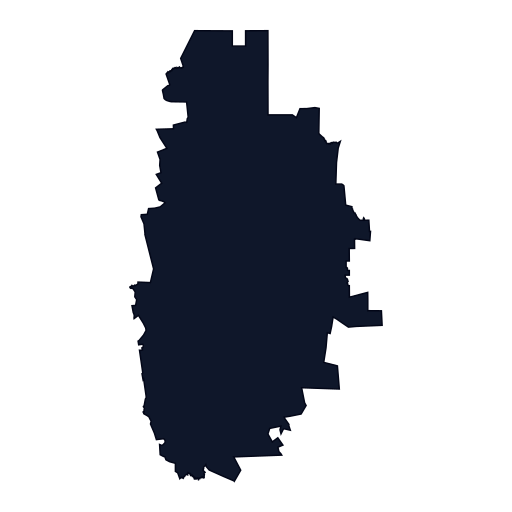 Madera, Chihuahua, Mexico
{"feature_id": "50627088B30045801041886", "entity_name": "Madera", "entity_type": "district", "adm_level": 2, "iso_a3": "MEX", "parent_name": "Mexico", "parent_adm1": "Chihuahua", "projection": "equal_earth", "projection_center": [-108.34, 29.346], "detail": "fine", "context": "isolated", "style": "filled", "palette": "ink", "viewbox_px": 512, "rotation_deg": 0, "n_neighbors": 0, "source": "geoboundaries", "source_scale": "gbopen_adm2", "svg_char_len": 5912}
<svg xmlns="http://www.w3.org/2000/svg" viewBox="0 0 512 512"><path d="M167.6,72.2L166.1,74.0L169.8,84.6L169.5,85.3L167.8,85.7L162.7,89.8L162.5,90.1L162.5,90.6L163.4,94.5L164.1,98.5L165.5,99.8L166.8,100.5L169.7,101.4L171.2,101.7L184.7,101.9L186.6,102.0L188.2,117.3L187.3,118.6L186.7,122.4L184.9,122.1L173.4,125.1L173.5,128.8L156.4,129.3L157.2,130.7L160.0,137.6L166.9,148.3L157.5,152.1L160.1,159.5L159.7,165.4L161.0,172.7L156.3,174.4L161.7,183.2L155.6,187.9L158.8,199.7L159.0,200.0L159.9,200.5L161.2,200.7L163.6,201.6L164.7,202.3L165.1,202.8L160.2,206.9L154.6,208.2L148.6,208.6L147.3,214.3L141.3,214.7L141.0,216.8L144.0,223.8L145.0,233.8L144.9,234.4L153.6,268.9L150.4,282.6L138.0,282.1L137.9,284.0L135.2,285.7L134.8,285.1L133.0,286.3L131.9,285.4L131.1,286.6L130.7,286.5L130.1,286.7L130.0,286.9L129.9,287.3L130.0,287.6L130.7,288.3L132.7,288.3L135.2,291.9L134.8,296.8L136.7,299.6L135.6,305.4L132.0,305.7L133.2,312.3L133.3,312.6L134.1,314.6L134.2,315.2L134.2,316.4L134.0,318.0L134.1,318.6L138.4,315.3L143.3,323.1L145.7,327.9L146.1,330.4L143.6,335.0L139.0,340.6L138.1,341.1L138.7,344.8L142.8,344.2L143.0,344.4L143.3,345.7L142.9,347.6L141.9,347.9L142.4,350.1L141.6,350.3L139.5,350.2L142.8,373.0L142.0,373.7L143.1,379.9L143.7,379.1L146.1,396.0L146.2,397.7L145.4,399.0L144.6,403.3L144.4,404.3L144.1,406.2L143.9,406.4L143.5,406.3L143.4,406.4L143.6,407.1L144.1,407.3L144.4,408.4L144.1,409.4L144.1,410.9L144.0,411.2L143.7,411.3L143.1,412.0L143.4,412.4L143.8,412.3L143.8,412.1L144.1,412.1L144.1,412.8L143.8,413.2L143.7,413.5L143.9,413.8L147.0,415.5L148.9,416.8L150.3,419.7L151.2,421.0L150.5,424.0L154.4,433.1L156.4,439.6L163.7,438.7L165.2,440.6L165.0,442.7L163.2,444.6L162.0,445.5L159.6,444.5L160.2,454.7L163.6,456.5L164.8,456.7L166.0,459.8L169.6,461.7L175.4,463.3L175.4,471.4L177.7,472.8L179.8,478.6L180.1,478.2L180.7,478.0L180.8,477.6L181.6,477.2L182.3,477.4L182.3,477.9L182.9,478.0L183.2,478.3L183.5,477.9L183.7,477.0L183.9,476.7L184.1,476.5L184.6,476.4L184.6,475.9L184.9,475.7L185.1,475.3L185.4,475.1L185.8,474.7L187.1,474.3L187.3,474.8L187.7,474.9L187.7,474.6L187.5,474.4L187.6,473.2L188.2,473.0L188.2,472.7L188.4,472.8L188.5,473.2L189.5,473.5L190.0,474.1L190.2,474.6L190.3,474.6L190.6,474.1L190.9,474.9L190.9,475.0L190.6,475.1L190.6,475.4L190.7,475.6L191.4,475.5L191.8,475.5L192.1,475.2L192.2,475.4L192.3,476.0L192.4,476.3L192.9,475.8L193.3,476.0L193.8,476.8L193.8,477.6L193.9,477.8L194.1,478.0L194.3,477.5L194.5,477.5L194.3,478.9L194.4,479.0L195.0,479.0L195.0,478.6L195.2,478.4L195.1,478.0L195.2,477.8L195.3,477.9L195.7,478.4L196.1,478.4L196.2,479.0L196.3,479.0L196.7,478.4L197.3,478.4L197.4,477.9L197.6,478.0L197.7,478.4L197.8,478.5L197.9,478.4L198.0,478.5L198.3,479.7L198.6,479.8L198.7,479.7L198.6,479.0L199.0,478.7L199.1,478.2L199.8,478.4L199.8,478.1L200.2,477.7L201.4,477.7L201.6,477.5L201.6,477.3L201.8,476.8L202.0,476.6L202.3,476.6L202.7,477.0L202.9,477.6L203.1,477.9L204.0,477.8L204.2,477.4L204.1,476.1L204.4,474.5L204.4,474.4L203.9,473.9L203.8,473.7L204.3,472.9L204.8,472.7L205.1,472.4L204.9,472.1L204.6,471.9L204.3,471.4L203.6,471.1L203.2,470.8L203.0,470.6L203.3,470.1L203.4,469.8L203.1,469.2L203.2,468.9L203.6,468.6L203.7,468.2L203.6,467.4L203.8,466.8L205.3,465.4L205.8,464.6L206.2,466.5L209.2,470.0L223.7,476.5L234.0,480.9L234.3,481.3L240.7,470.2L233.7,456.9L281.7,455.1L281.0,453.9L278.9,451.6L277.9,447.2L282.9,445.1L277.8,437.8L272.3,441.9L267.9,434.0L269.7,428.4L280.9,426.1L280.0,429.8L281.0,433.8L283.3,429.2L284.3,428.8L290.3,430.2L288.8,425.7L288.9,424.4L284.8,418.6L284.2,417.1L289.6,416.3L301.1,414.0L306.1,405.5L304.6,402.8L301.6,387.7L339.3,389.0L337.4,365.9L323.7,362.4L326.0,347.8L327.3,332.7L330.1,333.5L331.6,326.5L333.1,317.0L337.6,319.6L338.0,320.0L348.4,327.1L356.3,326.4L382.1,325.3L381.4,310.8L367.8,310.7L367.8,299.8L367.7,292.4L349.4,297.2L349.3,285.7L348.5,285.7L347.8,284.8L347.6,283.5L347.4,283.2L347.1,283.1L347.1,282.9L347.1,282.7L347.4,282.4L347.5,282.1L347.9,281.7L348.1,281.4L347.8,280.7L347.4,279.2L346.7,278.4L346.0,278.2L345.6,277.9L345.4,277.6L345.0,275.2L345.4,275.1L349.3,275.1L349.3,270.5L347.5,270.4L347.4,268.1L346.8,267.5L346.1,267.5L346.1,261.0L349.3,261.0L349.2,248.5L354.6,248.4L354.5,239.1L355.5,239.1L355.5,238.7L369.8,240.7L370.5,231.4L369.5,231.5L368.8,220.2L364.7,220.3L364.4,219.0L364.1,218.4L363.7,217.8L363.4,218.4L363.3,220.3L359.9,220.3L357.2,217.4L356.9,216.7L356.4,216.0L355.9,214.6L355.2,213.8L355.1,213.1L354.5,213.0L353.8,212.6L353.7,212.0L352.6,209.9L352.6,209.1L352.2,208.8L351.9,207.8L351.9,206.7L345.7,205.1L343.9,185.8L342.8,184.7L341.7,184.1L335.8,184.1L336.5,162.5L338.2,148.1L340.3,141.4L337.5,143.2L336.7,142.8L336.3,142.3L336.0,142.4L335.7,142.3L335.3,142.5L335.1,142.4L334.2,142.5L334.1,142.3L333.4,142.2L333.0,142.3L332.3,142.8L332.3,143.1L331.6,142.6L331.2,142.6L330.6,143.2L330.4,143.4L330.4,143.7L330.1,143.4L329.6,143.4L329.3,143.9L328.9,144.1L328.4,143.5L327.8,143.4L326.8,143.7L326.1,142.4L326.0,142.1L326.1,141.7L325.8,141.5L325.7,140.7L325.3,140.7L324.8,140.7L324.8,140.1L324.4,139.0L323.9,139.0L323.7,138.3L323.7,137.8L323.0,137.3L322.8,137.3L319.2,134.0L318.8,133.0L319.2,108.4L314.9,107.6L306.9,108.6L300.0,108.7L296.4,117.7L292.4,114.9L268.0,114.9L267.9,81.7L268.0,64.8L267.9,30.7L245.6,30.8L245.6,46.1L232.3,46.1L232.3,30.9L194.6,30.7L180.7,58.4L183.2,65.9L183.3,67.2L183.2,67.2L182.9,67.4L182.7,67.1L182.4,67.4L181.9,67.6L182.0,68.0L181.3,68.3L180.8,67.9L180.2,67.9L179.7,67.3L179.5,67.6L179.2,67.6L179.1,67.3L178.8,67.6L178.7,67.5L178.2,67.7L177.4,68.0L177.3,67.9L177.3,68.2L177.1,68.3L176.7,68.1L176.5,68.3L176.3,68.2L175.9,67.8L175.7,67.9L175.6,68.1L175.6,67.8L175.6,67.7L175.3,67.6L175.2,67.9L174.5,68.1L174.3,68.0L174.2,68.3L173.9,68.7L173.2,68.4L172.9,68.4L172.9,69.0L172.7,69.2L172.4,69.0L171.7,69.8L171.7,70.3L171.8,70.6L170.8,70.8L170.2,70.8L170.3,71.1L170.3,71.5L169.8,71.9L169.1,71.7L168.3,72.0L168.2,72.1L168.2,72.6L168.0,73.0L167.8,73.0L167.6,72.2Z" fill="#0f172a" stroke="#020617" stroke-width="1.5"/></svg>